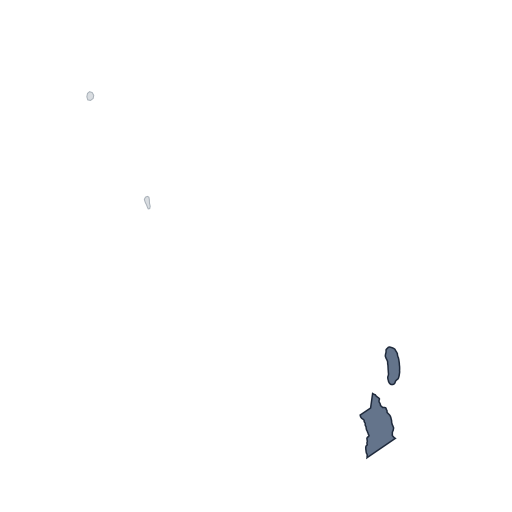 location of South Thiladhunmathe, Maldives, rotated 146°
{"feature_id": "70690204B40080676832228", "entity_name": "South Thiladhunmathe", "entity_type": "district", "adm_level": 2, "iso_a3": "MDV", "parent_name": "Maldives", "parent_adm1": "", "projection": "albers", "projection_center": [72.871, 6.495], "detail": "fine", "context": "in_parent", "style": "filled", "palette": "slate", "viewbox_px": 512, "rotation_deg": 146, "n_neighbors": 0, "source": "geoboundaries", "source_scale": "gbopen_adm2", "svg_char_len": 4557}
<svg xmlns="http://www.w3.org/2000/svg" viewBox="0 0 512 512"><g transform="rotate(146 256 256)"><path d="M316.9,365.4L314.7,366.6L312.6,366.1L311.9,364.6L312.9,362.4L314.7,359.5L315.9,356.4L317.6,354.7L319.0,355.3L318.8,357.0L318.2,359.4L317.8,362.5L316.9,365.4ZM304.8,485.0L302.1,485.3L300.4,483.1L300.7,479.9L302.9,477.7L306.2,477.5L308.2,479.5L307.2,482.6L304.8,485.0Z" fill="#d9dde1" stroke="#a8b0b8" stroke-width="1"/><path d="M258.6,65.9L258.7,65.6L258.7,65.3L258.9,65.1L259.0,64.8L259.1,64.5L259.2,64.1L259.2,63.5L259.2,62.6L259.0,62.0L258.8,61.4L258.5,60.7L258.3,60.0L258.3,59.5L258.3,59.1L258.5,58.7L258.8,58.5L258.9,58.1L259.0,57.7L259.0,57.3L259.0,57.0L259.0,56.5L259.0,56.2L259.2,55.9L259.4,55.5L259.8,55.2L260.0,54.9L260.1,54.4L260.2,53.8L260.2,53.2L260.3,52.8L260.5,52.4L260.9,51.8L261.0,51.4L261.3,50.9L261.4,50.6L261.5,50.3L261.6,50.0L261.6,49.6L261.7,49.1L261.7,48.6L261.8,48.2L262.1,47.3L262.1,47.0L262.1,46.7L262.2,46.3L262.3,46.2L262.4,45.9L262.5,45.7L262.6,45.1L262.6,44.8L262.6,44.5L262.6,44.3L262.6,44.1L262.8,43.8L263.2,43.6L263.7,43.4L264.0,43.3L264.4,43.4L264.6,43.5L265.0,43.4L265.4,43.2L265.8,43.0L266.1,42.7L266.4,42.1L266.5,41.8L266.7,41.5L266.8,41.3L266.9,41.0L267.1,40.7L267.2,40.4L267.3,40.2L267.5,39.9L267.9,39.6L268.2,39.3L268.5,39.1L268.8,38.6L269.0,38.0L269.1,37.6L269.4,37.2L269.9,37.2L270.3,37.1L270.7,37.0L271.1,36.8L271.4,36.6L271.8,36.2L272.1,35.8L272.3,35.6L272.5,35.2L272.7,34.9L273.0,34.4L273.3,33.9L273.4,33.4L273.7,33.1L273.9,32.7L274.1,32.2L274.3,31.8L274.5,31.4L274.6,31.1L274.7,30.8L274.7,30.5L274.7,30.2L274.8,29.9L274.8,29.7L274.9,29.3L274.9,29.2L275.1,28.8L275.2,28.7L275.4,28.4L275.5,28.2L275.8,28.0L276.0,27.7L276.2,27.4L276.5,26.9L276.7,26.7L242.5,26.9L242.7,27.4L242.9,27.8L243.1,28.5L243.1,29.2L243.3,29.7L243.3,30.1L243.3,30.6L243.3,31.0L243.3,31.3L243.2,31.5L242.9,31.6L242.7,31.8L242.5,32.2L242.2,32.6L241.9,33.1L241.7,33.4L241.2,33.8L240.9,34.1L240.4,34.4L240.1,34.5L239.7,34.8L239.4,35.1L239.1,35.5L238.7,35.8L238.3,36.2L238.1,36.5L237.9,36.9L237.8,37.4L237.8,37.8L237.6,38.3L237.6,38.6L237.5,38.8L237.4,39.5L237.4,39.8L237.4,40.1L237.2,40.3L237.0,40.9L236.9,41.4L236.7,41.8L236.5,42.4L236.1,42.9L235.8,43.4L235.5,44.1L235.2,44.9L234.9,45.8L234.6,46.5L234.4,47.3L234.2,48.0L234.2,48.9L234.2,49.6L234.4,50.7L234.5,51.2L234.6,51.8L234.7,52.3L234.8,52.8L234.8,53.1L234.5,53.5L234.4,53.7L234.1,54.1L233.9,54.5L233.8,54.9L233.8,55.3L233.8,55.7L233.8,56.0L233.6,56.4L233.4,56.9L233.4,57.3L233.4,57.7L233.7,58.0L234.2,58.6L234.8,59.0L235.2,59.3L235.6,59.4L235.8,59.8L235.9,60.3L235.9,60.9L236.1,61.5L236.3,61.9L236.4,62.2L236.3,62.7L236.1,63.1L235.8,63.5L235.8,63.9L235.7,64.3L235.6,65.0L235.6,65.6L235.5,66.1L235.4,66.4L235.3,66.7L235.1,67.1L234.6,67.5L234.1,68.0L233.9,68.2L233.6,68.4L233.5,68.8L233.6,69.4L233.8,70.1L234.0,70.5L234.3,71.3L234.4,71.9L234.6,72.3L234.7,72.7L234.7,73.2L234.7,73.7L234.7,74.2L234.8,74.4L235.1,74.7L235.3,75.1L235.6,75.4L235.8,75.8L235.9,76.1L236.0,76.4L236.1,76.6L236.2,76.8L246.0,65.9L258.6,65.9ZM216.4,76.8L216.5,76.1L216.5,75.7L216.3,75.3L216.3,74.7L216.1,74.3L215.9,74.0L215.7,73.8L215.5,73.6L215.2,73.5L214.8,73.1L214.4,73.0L213.9,72.8L213.7,72.7L213.3,72.7L212.8,72.8L212.3,72.9L211.8,73.1L211.5,73.3L211.2,73.6L210.9,73.8L210.5,74.1L210.1,74.3L209.8,74.4L209.1,74.5L208.3,74.7L207.7,74.6L207.1,74.7L206.4,75.0L205.8,75.4L204.9,76.2L204.5,76.5L204.1,76.9L203.9,77.2L203.6,77.5L203.3,77.8L202.1,79.1L201.8,79.5L201.4,80.1L200.9,81.0L200.3,81.7L199.7,82.6L199.0,83.7L198.6,84.4L198.2,85.2L197.7,86.1L197.2,86.9L196.9,87.5L196.5,88.3L196.1,89.2L195.7,89.9L195.4,90.7L195.2,91.2L194.9,91.9L194.8,92.6L194.7,93.1L194.5,93.7L194.0,95.0L193.7,95.5L193.4,96.0L193.3,96.8L193.2,97.7L193.2,98.8L193.1,100.1L193.0,101.0L193.2,101.6L193.4,102.0L193.6,102.6L194.0,103.1L194.4,103.8L194.7,104.2L195.0,104.5L195.3,104.9L195.8,105.5L196.2,105.9L196.6,106.1L197.0,106.2L197.6,106.3L198.2,106.1L198.7,106.0L199.2,106.0L199.5,105.8L199.9,105.8L200.3,105.7L200.6,105.5L200.8,105.3L201.1,104.8L201.5,104.2L201.9,103.6L203.0,102.6L203.5,102.2L204.0,101.6L204.5,101.1L204.8,100.6L205.0,100.0L205.1,99.5L205.2,99.0L205.4,98.4L205.4,97.9L205.5,97.3L205.5,96.8L205.7,96.1L205.9,95.0L206.7,93.6L207.2,92.9L207.4,92.3L207.9,91.3L208.3,90.7L208.6,90.1L209.1,89.4L209.4,88.8L209.8,88.2L210.2,87.5L210.5,86.9L210.9,86.3L211.3,85.6L211.7,84.9L211.9,84.4L212.2,84.0L212.6,83.5L213.1,83.0L213.5,82.7L213.9,82.4L214.4,82.0L214.7,81.6L215.0,81.1L215.4,80.2L215.7,79.5L215.8,79.0L216.1,78.2L216.3,77.9L216.4,77.5L216.4,77.2L216.4,76.8Z" fill="#64748b" stroke="#1e293b" stroke-width="1.5"/></g></svg>